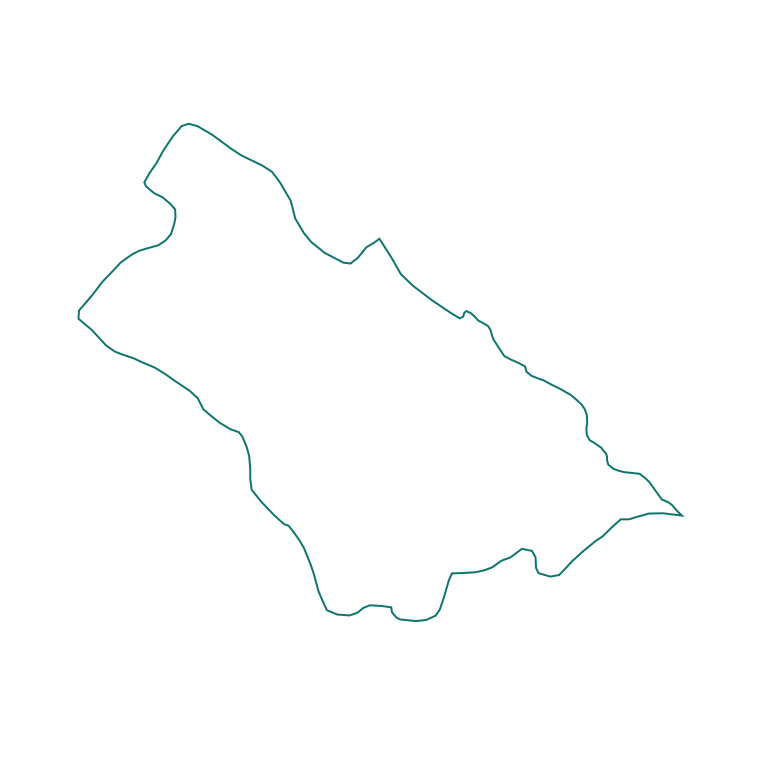 Mongo, Nyanga, Gabon, rotated 187°
{"feature_id": "22940354B34091756215614", "entity_name": "Mongo", "entity_type": "district", "adm_level": 2, "iso_a3": "GAB", "parent_name": "Gabon", "parent_adm1": "Nyanga", "projection": "albers", "projection_center": [11.424, -3.286], "detail": "fine", "context": "isolated", "style": "outline", "palette": "teal", "viewbox_px": 768, "rotation_deg": 187, "n_neighbors": 0, "source": "geoboundaries", "source_scale": "gbopen_adm2", "svg_char_len": 2320}
<svg xmlns="http://www.w3.org/2000/svg" viewBox="0 0 768 768"><g transform="rotate(187 384 384)"><path d="M406.3,527.6L410.4,523.6L418.2,517.5L425.2,506.2L431.9,499.5L439.2,499.5L447.7,502.7L459.0,507.0L473.6,516.1L481.8,523.9L492.2,537.3L498.9,554.5L512.3,572.0L521.1,581.0L532.1,586.3L542.6,589.8L553.7,593.6L564.8,599.1L584.6,610.3L600.6,617.2L609.6,618.5L616.3,615.3L623.8,604.0L627.3,597.1L631.6,588.5L636.8,575.4L642.6,564.4L646.5,554.9L644.3,551.2L635.5,545.4L626.6,542.4L618.0,536.7L612.6,531.8L611.3,524.2L611.7,517.6L613.7,506.8L618.2,499.9L625.1,494.1L637.2,489.1L643.4,486.3L650.1,481.7L660.0,472.7L666.5,463.7L676.1,450.9L684.6,436.3L695.7,419.7L695.2,411.5L680.7,402.1L664.5,388.4L654.9,383.3L647.3,381.4L635.6,379.0L626.2,375.9L613.1,372.2L601.7,366.9L591.2,361.2L576.1,353.6L567.3,347.3L564.4,343.2L560.3,336.9L552.7,331.9L542.9,325.8L531.3,320.5L522.3,318.5L518.2,314.6L512.6,304.7L509.1,296.2L506.5,283.9L505.1,273.0L502.4,262.8L491.5,252.2L477.2,240.5L466.4,232.9L461.5,231.7L456.8,227.2L449.2,219.0L443.5,211.5L434.7,195.7L430.4,186.7L423.8,170.4L418.7,161.6L413.2,152.6L402.3,149.5L389.9,150.1L382.7,153.6L377.4,159.1L371.2,162.6L359.4,163.4L349.6,163.2L348.3,158.5L343.2,153.6L338.9,152.2L337.1,152.3L323.4,152.6L313.6,154.8L304.6,160.3L301.1,166.9L298.2,181.6L295.8,196.5L293.5,204.3L282.1,206.1L269.8,208.4L261.4,211.5L254.4,215.1L245.9,222.9L237.5,227.2L227.0,237.2L216.8,236.4L212.5,230.5L210.7,220.0L207.6,215.1L195.5,213.1L186.9,215.7L182.6,221.5L175.9,230.7L166.7,241.5L154.4,254.4L148.7,259.1L140.1,269.9L132.5,278.5L124.5,279.5L117.1,282.8L105.3,287.7L91.2,289.7L72.3,289.7L76.7,293.0L83.6,299.1L87.7,301.4L94.2,303.2L108.5,318.8L113.6,322.7L119.4,326.0L135.3,325.8L142.1,326.8L146.4,328.0L151.5,331.3L153.1,334.8L153.9,339.3L155.2,342.2L158.6,345.0L160.5,347.2L168.0,351.1L173.0,353.3L176.5,358.1L177.6,363.7L177.6,370.5L178.9,377.7L181.7,383.5L185.3,387.6L189.9,391.0L196.9,395.7L208.7,400.7L218.6,404.1L225.5,406.9L233.0,408.6L238.9,410.2L244.0,413.5L246.2,418.7L254.6,421.8L260.7,423.6L267.9,426.3L273.6,432.9L280.8,441.6L283.2,446.6L285.1,450.9L287.7,454.1L293.7,456.8L298.0,458.4L302.5,462.1L306.2,464.8L311.1,466.4L312.9,464.6L313.7,460.5L316.8,458.4L326.4,462.7L346.3,472.8L366.9,484.8L380.5,494.9L392.5,511.0L406.3,527.6Z" fill="none" stroke="#0f766e" stroke-width="2"/></g></svg>